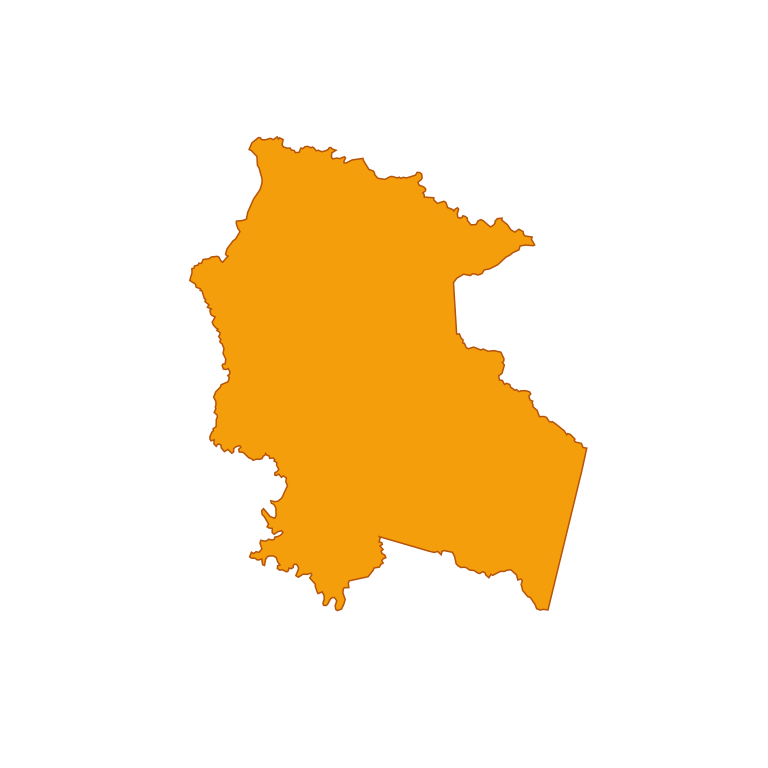 Crixás, Goiás, Brazil (Albers equal-area conic projection), rotated 152°
{"feature_id": "56859067B65270192484225", "entity_name": "Crixás", "entity_type": "district", "adm_level": 2, "iso_a3": "BRA", "parent_name": "Brazil", "parent_adm1": "Goiás", "projection": "albers", "projection_center": [-50.028, -14.631], "detail": "fine", "context": "isolated", "style": "filled", "palette": "amber", "viewbox_px": 768, "rotation_deg": 152, "n_neighbors": 0, "source": "geoboundaries", "source_scale": "gbopen_adm2", "svg_char_len": 6159}
<svg xmlns="http://www.w3.org/2000/svg" viewBox="0 0 768 768"><g transform="rotate(152 384 384)"><path d="M393.1,654.3L391.6,652.6L389.4,644.5L393.1,636.5L392.9,633.3L395.4,622.3L397.5,618.6L402.1,613.9L412.4,608.5L423.8,599.5L428.0,594.2L431.9,594.7L437.9,597.1L439.1,595.1L440.0,590.1L439.6,586.2L446.9,581.7L450.3,581.2L459.0,577.1L462.9,573.2L462.7,571.3L461.7,570.1L469.4,567.3L470.3,569.9L470.1,573.3L471.1,574.9L476.7,577.2L479.9,576.8L485.1,578.9L488.6,576.2L490.8,577.6L492.1,576.3L496.0,577.2L497.3,575.5L499.5,576.1L501.3,572.3L506.9,566.6L503.6,560.7L504.4,557.7L501.3,554.1L502.4,552.9L501.0,551.7L502.5,543.8L501.8,542.3L503.4,540.8L501.4,536.2L503.9,534.7L501.2,531.2L503.1,530.9L504.2,527.2L503.9,525.4L501.6,522.5L506.7,519.2L507.0,516.3L505.9,511.9L504.8,510.4L506.5,509.7L504.6,506.6L505.6,504.8L507.7,503.6L507.2,499.9L509.0,498.7L509.0,497.1L508.1,495.7L508.7,490.4L511.8,486.5L512.0,480.3L514.8,476.4L516.9,477.2L518.2,476.4L518.8,472.6L516.8,471.0L514.3,470.7L514.3,467.0L516.3,464.9L517.9,464.9L517.7,462.0L520.7,459.2L528.1,459.8L530.2,458.0L536.2,456.1L540.6,452.3L540.6,447.7L542.2,444.3L543.7,443.0L544.1,441.1L547.3,438.6L545.8,434.8L546.8,432.9L548.7,431.5L552.3,425.1L555.9,424.8L556.5,422.9L558.6,422.3L562.5,419.2L563.6,416.8L563.4,415.0L560.2,414.5L562.3,410.9L561.4,407.7L559.5,408.8L557.8,408.5L556.6,406.2L557.7,404.2L556.7,399.2L552.5,399.4L550.9,394.3L548.5,394.7L547.2,397.4L544.6,398.1L540.3,397.3L540.0,395.5L543.1,394.5L543.7,391.8L541.1,390.3L540.1,388.9L538.1,382.5L535.8,379.7L535.5,378.1L531.7,377.5L529.0,375.8L526.5,375.5L524.8,376.9L522.5,377.1L521.2,378.2L521.0,376.4L519.3,374.5L519.8,372.0L516.5,370.6L515.9,368.4L517.3,367.6L515.5,365.0L517.0,362.6L516.9,358.1L519.6,356.7L521.8,357.0L523.2,355.0L522.2,353.8L519.1,353.7L518.4,349.7L516.1,350.2L514.3,347.0L516.6,343.7L516.9,339.6L527.6,331.4L532.8,330.3L535.6,331.4L538.8,334.0L539.4,331.6L537.8,329.5L537.6,325.4L541.2,318.2L543.5,316.8L546.7,320.3L548.9,330.5L551.4,329.6L552.9,325.8L552.0,323.4L551.7,314.4L554.3,312.8L553.2,310.9L550.5,309.0L552.5,305.3L551.6,302.9L547.3,303.4L543.3,302.5L542.8,300.5L546.3,299.0L550.1,299.3L552.0,300.1L554.1,298.4L556.0,298.7L558.8,301.2L560.8,300.6L563.0,301.2L566.2,303.9L568.2,301.7L569.2,295.8L573.5,294.1L575.7,296.0L578.7,295.5L580.0,297.7L583.8,294.5L583.1,292.8L579.3,290.3L578.9,288.7L577.7,287.6L574.1,286.9L576.0,281.5L574.7,279.9L570.5,285.1L568.9,285.8L567.1,286.3L562.9,284.6L560.6,281.5L561.4,276.7L560.8,273.1L563.2,273.5L564.8,271.2L563.5,268.6L561.1,267.8L558.1,263.8L556.1,264.0L554.4,266.1L552.6,264.5L550.3,264.6L549.2,266.4L547.4,266.8L545.8,265.8L545.7,262.2L546.6,260.6L551.8,256.2L550.3,253.6L544.9,254.1L541.0,251.9L537.5,251.3L537.3,249.5L540.6,247.6L538.6,239.3L539.6,238.0L540.7,231.5L540.6,229.9L536.1,229.4L536.3,225.0L538.0,221.8L540.8,219.2L541.3,217.0L539.2,215.6L537.4,215.9L531.9,219.5L529.3,219.5L527.9,218.5L527.5,214.8L531.3,211.0L532.4,207.6L531.5,205.9L527.1,205.2L522.6,208.7L519.4,212.0L518.4,218.7L516.3,222.0L514.7,222.8L510.7,220.7L508.9,225.1L507.0,226.5L488.5,221.3L480.7,224.8L479.2,226.2L474.0,224.5L471.5,226.2L468.8,226.3L468.9,229.0L467.1,230.0L463.9,229.8L463.6,232.7L465.3,235.1L465.0,237.8L462.5,238.3L463.6,242.9L460.8,243.1L460.4,245.0L462.5,246.9L459.8,249.7L459.8,251.4L422.8,215.3L418.7,211.7L415.2,210.9L413.7,206.4L411.3,209.0L409.3,208.8L402.6,203.3L402.7,198.3L404.7,191.4L403.9,188.6L402.2,185.8L398.9,184.5L397.4,182.9L395.9,179.7L391.9,176.9L389.9,173.0L388.3,171.7L385.2,172.0L383.4,170.2L383.8,167.7L382.3,163.7L379.0,165.7L377.8,164.0L369.3,163.9L365.4,161.9L363.3,162.0L359.3,160.5L356.6,153.0L357.9,148.2L354.6,147.5L354.2,145.4L357.0,142.7L358.5,136.5L356.9,128.8L355.1,126.9L354.1,118.5L354.7,114.0L352.4,111.2L348.9,110.1L345.3,107.5L249.3,215.4L235.1,232.2L238.1,234.5L237.6,238.9L241.9,242.6L242.7,244.5L241.3,245.7L243.2,252.1L245.1,254.0L246.5,253.4L246.9,258.2L251.1,268.0L253.0,271.7L254.6,272.1L255.9,273.7L256.1,278.0L257.7,280.0L262.1,282.3L261.2,288.8L263.2,294.1L262.1,296.0L262.2,297.8L260.7,299.0L262.4,301.0L262.3,303.5L261.5,305.5L259.1,306.3L259.2,308.8L262.2,311.7L266.6,313.8L268.5,313.9L269.5,316.8L271.3,316.9L273.7,321.9L273.2,324.5L275.5,327.1L277.8,327.0L277.8,331.5L280.2,333.4L278.9,337.4L274.8,338.0L268.8,344.2L269.5,347.4L267.9,347.6L266.2,349.9L265.9,357.3L271.3,361.9L276.7,364.0L280.1,368.4L282.4,368.4L287.5,374.5L292.9,375.5L294.3,377.5L293.9,382.3L295.2,383.2L293.5,385.8L294.4,388.4L293.9,392.8L296.4,394.0L275.1,440.8L270.2,443.2L262.2,443.6L256.8,439.2L254.3,439.7L252.9,439.1L249.9,436.1L245.6,435.5L241.9,437.7L236.9,436.1L227.6,435.9L216.5,438.8L212.1,438.7L208.8,439.5L201.8,439.1L199.1,442.0L193.7,440.2L187.4,436.1L185.7,436.0L185.9,442.6L184.2,444.2L190.0,448.5L190.5,450.7L189.6,453.2L192.2,457.3L197.2,456.7L199.6,460.6L200.3,467.0L203.0,473.2L201.9,475.0L206.3,476.8L209.4,475.7L210.6,473.8L212.6,472.9L216.4,472.7L219.6,481.3L221.2,483.6L224.3,483.9L227.9,481.6L232.5,483.7L233.5,489.1L232.6,491.5L233.7,493.9L235.4,495.5L237.0,494.4L239.2,494.9L240.6,496.5L239.4,499.9L236.0,503.3L236.4,505.1L239.0,505.0L241.1,504.0L241.5,505.9L245.0,509.9L244.1,515.4L245.3,517.2L252.1,518.4L253.6,523.3L252.6,525.1L260.7,530.1L259.6,532.4L260.0,534.5L256.6,535.1L255.6,536.9L256.4,539.4L259.6,543.0L259.3,546.2L254.9,547.1L253.5,548.2L252.2,551.6L253.1,553.9L255.4,555.3L258.2,553.6L267.5,555.4L270.2,557.6L272.4,557.5L273.5,559.5L275.3,559.5L279.2,563.3L281.0,564.2L287.1,564.2L292.9,568.6L293.9,573.3L293.2,575.1L293.5,577.2L296.6,580.5L297.2,590.8L296.7,593.1L306.9,596.8L313.8,596.9L315.5,598.1L314.6,599.7L311.8,601.6L312.2,603.2L317.6,603.9L319.4,605.6L323.6,606.8L323.9,609.0L321.6,612.6L316.6,612.9L319.3,615.7L319.9,617.7L321.3,618.4L323.2,617.3L326.0,617.3L329.9,618.3L332.2,621.2L334.4,621.8L335.0,625.3L336.0,626.9L337.6,626.9L340.0,629.8L342.5,630.6L345.0,629.9L346.7,631.4L350.1,628.4L353.6,629.9L353.6,632.3L356.0,634.1L356.0,636.3L358.8,637.7L361.5,640.5L361.7,642.9L358.3,647.2L360.7,650.5L362.2,649.8L362.3,652.4L367.0,651.7L368.9,654.2L374.1,655.3L376.3,656.5L377.5,657.8L377.6,659.6L379.2,660.5L387.5,658.9L393.1,654.3Z" fill="#f59e0b" stroke="#b45309" stroke-width="1.5"/></g></svg>